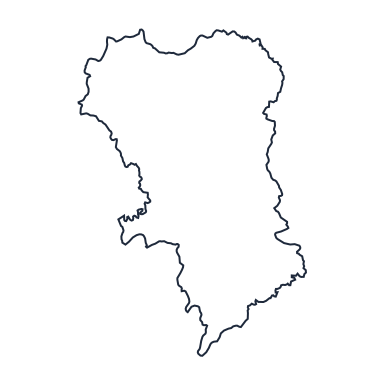 outline of Coromandel, Minas Gerais, Brazil, rotated 183°
{"feature_id": "56859067B86368088013464", "entity_name": "Coromandel", "entity_type": "district", "adm_level": 2, "iso_a3": "BRA", "parent_name": "Brazil", "parent_adm1": "Minas Gerais", "projection": "albers", "projection_center": [-47.125, -18.343], "detail": "fine", "context": "isolated", "style": "outline", "palette": "slate", "viewbox_px": 384, "rotation_deg": 183, "n_neighbors": 0, "source": "geoboundaries", "source_scale": "gbopen_adm2", "svg_char_len": 6031}
<svg xmlns="http://www.w3.org/2000/svg" viewBox="0 0 384 384"><g transform="rotate(183 192 192)"><path d="M112.5,287.5L112.1,288.6L112.2,289.9L111.5,292.4L111.3,295.3L109.1,296.7L108.5,300.3L107.6,303.6L107.4,305.7L107.8,307.2L106.4,309.5L106.5,312.6L107.5,313.6L108.2,316.3L109.5,317.5L110.3,318.9L109.6,321.9L112.8,324.3L113.2,326.2L116.8,326.1L118.7,328.3L118.4,329.4L119.8,329.3L122.1,330.4L123.2,334.0L123.4,335.5L126.2,337.5L126.8,338.7L129.1,338.7L129.0,340.2L130.5,342.3L132.0,341.9L132.3,343.1L131.3,343.8L132.5,347.9L134.3,348.6L136.0,347.7L136.7,346.5L139.5,345.5L139.9,346.7L140.8,347.6L143.3,348.9L144.6,350.1L145.9,349.8L145.9,348.3L147.0,348.4L147.7,349.4L149.0,348.3L149.8,349.6L150.8,348.8L152.8,350.6L155.4,351.5L156.9,353.6L158.2,354.5L159.8,354.5L164.2,351.1L165.5,351.5L166.0,352.9L169.1,355.0L170.5,353.7L174.2,354.7L175.9,354.8L177.0,353.9L178.9,351.6L179.9,348.9L180.9,348.0L184.8,346.8L189.7,348.8L191.3,348.7L192.4,348.1L194.1,346.1L195.2,343.9L196.1,340.4L197.3,338.1L198.2,337.3L200.9,335.0L203.4,333.4L206.5,330.2L212.6,328.4L214.4,328.6L217.8,330.0L219.3,329.7L222.7,330.0L223.8,329.3L225.5,329.0L227.3,329.6L232.0,329.8L236.5,333.5L238.3,334.0L239.0,335.5L240.3,336.8L241.6,337.5L245.2,338.3L246.2,339.3L247.5,342.2L248.8,349.6L249.6,350.7L250.8,351.6L252.3,351.3L253.4,347.1L258.6,344.2L260.4,343.8L262.1,343.4L266.5,343.8L267.7,343.2L270.5,340.7L274.5,338.6L275.7,338.3L278.1,340.5L279.2,341.1L282.7,342.0L284.4,342.0L284.8,340.2L284.8,337.8L284.3,334.6L284.9,330.7L287.8,323.1L290.0,319.1L291.0,318.3L292.5,317.9L295.2,319.3L299.8,319.9L301.1,319.6L302.5,318.5L304.2,313.1L304.9,312.1L304.6,311.0L305.6,307.8L305.5,306.1L304.5,304.9L300.4,303.6L299.8,302.3L302.3,300.6L302.8,296.4L302.8,294.5L300.7,289.8L300.5,286.6L301.2,284.1L303.3,282.3L305.0,278.6L306.0,277.7L310.0,275.7L309.7,274.6L306.6,273.5L306.3,272.4L307.4,269.9L307.5,265.0L306.7,263.7L301.8,265.0L300.3,264.7L297.5,263.2L294.4,263.2L291.8,262.6L288.7,258.2L285.7,257.8L284.3,256.3L281.9,254.8L277.7,249.2L276.0,248.1L275.3,246.4L275.6,244.8L276.3,243.6L276.4,242.2L275.6,240.8L274.6,239.8L273.1,239.7L271.1,240.8L270.0,240.8L269.7,239.6L270.4,232.9L269.3,231.1L266.3,229.0L265.4,227.6L264.9,226.2L264.9,224.7L263.3,222.3L262.4,218.9L261.3,217.6L260.4,214.8L259.8,213.9L258.7,213.5L257.6,213.8L257.0,215.3L255.3,216.3L254.4,217.6L251.9,216.8L250.8,216.2L249.5,217.0L248.4,215.3L246.5,213.4L245.9,212.1L246.1,210.9L245.6,209.3L245.4,207.1L245.6,205.8L245.0,204.7L243.9,204.3L243.2,203.5L242.8,202.3L243.6,201.0L245.1,199.7L245.2,198.3L244.4,197.6L244.0,196.2L244.4,194.7L245.4,193.6L244.9,192.6L243.2,192.4L242.4,191.0L240.6,189.3L236.2,188.9L235.9,187.2L236.0,184.3L233.3,181.4L233.2,180.2L234.3,179.3L235.7,178.6L238.2,179.2L238.7,177.8L237.9,176.1L237.6,172.5L236.8,170.6L237.1,169.3L240.1,167.3L241.5,167.2L242.7,167.5L242.6,168.7L240.6,170.6L240.5,172.2L241.6,172.4L244.3,171.6L245.4,170.7L244.8,168.9L244.7,166.7L244.1,165.4L244.4,163.3L246.1,163.7L247.0,164.9L248.4,165.3L249.5,164.4L249.3,162.6L249.5,161.0L250.7,160.3L252.0,160.8L252.8,161.7L254.4,164.1L255.4,163.5L255.1,161.9L256.2,159.5L257.4,159.6L258.2,160.5L258.6,164.8L264.1,160.8L261.1,154.4L259.7,153.5L258.4,150.1L258.6,148.5L259.3,147.3L260.2,144.0L259.9,141.0L259.2,139.7L258.9,137.8L255.7,136.0L252.3,139.1L248.7,143.5L245.1,146.0L242.3,147.0L240.4,147.0L238.6,146.4L237.6,145.3L236.4,143.1L235.5,138.8L234.3,136.4L235.1,135.0L234.0,134.1L229.2,137.1L225.9,138.5L222.3,141.0L221.2,141.2L220.0,141.0L217.2,141.4L213.8,139.9L210.3,139.7L208.6,138.9L205.6,138.6L204.7,139.2L203.6,139.3L202.5,138.5L202.5,136.6L203.7,135.1L204.3,133.4L204.2,132.0L203.8,130.8L201.2,126.7L200.4,120.7L196.9,118.3L197.0,116.4L197.9,113.8L199.5,110.2L202.1,105.3L202.0,103.5L200.9,98.7L200.0,97.7L197.7,96.4L197.1,95.1L197.3,93.8L197.1,92.4L194.6,93.0L193.2,92.4L190.7,88.0L189.4,85.1L188.9,82.6L189.1,81.1L191.8,76.8L192.2,75.1L191.9,73.7L191.1,72.5L190.0,71.8L186.5,77.4L183.5,78.7L180.2,78.2L178.8,77.3L178.0,74.0L177.4,72.5L176.5,71.4L176.1,69.8L177.2,66.5L177.0,64.5L175.1,62.6L174.5,60.1L173.2,59.6L170.9,59.9L169.9,59.3L171.1,55.4L170.8,52.7L171.1,51.3L173.3,49.2L174.0,47.9L175.0,43.8L175.8,37.2L176.2,35.6L177.7,33.4L177.8,32.1L177.3,30.9L175.0,29.1L173.1,29.0L169.4,32.7L167.0,37.2L165.7,40.8L165.0,41.9L163.9,42.9L162.2,43.7L159.1,44.2L156.8,48.4L155.8,52.3L152.8,55.3L148.3,57.5L145.7,58.2L143.8,60.0L141.2,60.8L139.9,60.9L137.7,59.9L136.1,59.7L131.7,66.2L129.7,68.2L129.8,74.0L130.2,76.6L129.4,78.1L130.2,79.5L130.1,81.0L128.2,81.8L126.5,83.6L124.6,82.8L123.3,82.7L122.1,83.4L123.0,86.2L122.6,87.5L119.9,85.7L114.9,85.9L112.3,87.2L109.0,90.1L108.0,90.1L106.7,92.8L105.4,93.1L104.4,92.1L102.9,91.9L101.4,96.4L103.2,96.1L103.5,98.0L103.1,99.6L101.6,99.7L99.4,100.7L98.5,101.9L98.1,103.5L96.4,104.1L94.1,104.0L92.4,104.7L91.6,105.5L90.1,104.0L88.9,104.1L88.4,107.8L84.4,109.8L85.3,111.6L87.9,112.1L88.0,113.9L83.8,113.8L82.3,116.0L80.1,113.5L78.6,112.9L76.0,113.1L75.5,115.9L74.0,117.5L74.3,119.9L76.7,121.8L76.1,123.8L77.0,125.8L76.6,128.7L77.6,129.8L78.6,133.6L81.3,135.0L82.2,136.0L83.8,136.4L84.0,137.8L81.7,140.1L81.0,141.2L81.0,142.5L81.9,144.0L86.7,145.3L91.2,144.7L97.4,145.8L104.3,149.6L105.5,150.7L106.8,153.7L106.6,154.9L105.7,155.7L101.0,157.2L95.2,160.1L93.9,161.1L94.5,162.5L96.1,164.3L95.4,165.8L95.5,167.2L102.0,171.2L104.0,175.4L105.1,176.8L106.9,177.4L109.0,180.2L106.1,182.7L103.8,186.8L103.7,188.4L105.0,191.0L104.8,192.4L102.9,192.8L101.9,193.5L101.8,194.7L103.4,198.7L105.2,201.1L105.5,202.7L108.3,207.0L109.8,208.0L111.5,208.4L113.4,210.4L114.8,214.6L115.9,216.4L117.4,217.6L118.1,218.9L119.1,223.0L117.1,226.3L117.0,227.9L117.4,229.3L119.3,233.5L118.5,235.9L118.1,239.6L115.3,244.3L114.8,245.7L115.6,248.6L114.3,252.7L112.0,254.9L112.2,256.8L113.2,257.9L113.4,259.3L112.6,262.5L113.0,266.3L113.8,267.1L115.6,267.1L120.3,268.5L121.6,269.2L121.6,270.5L121.2,271.8L121.6,273.3L124.2,273.8L125.1,274.7L122.6,279.7L121.2,280.7L119.6,281.0L119.6,286.3L118.2,286.6L115.2,285.9L114.0,287.1L112.5,287.5Z" fill="none" stroke="#1e293b" stroke-width="2"/></g></svg>